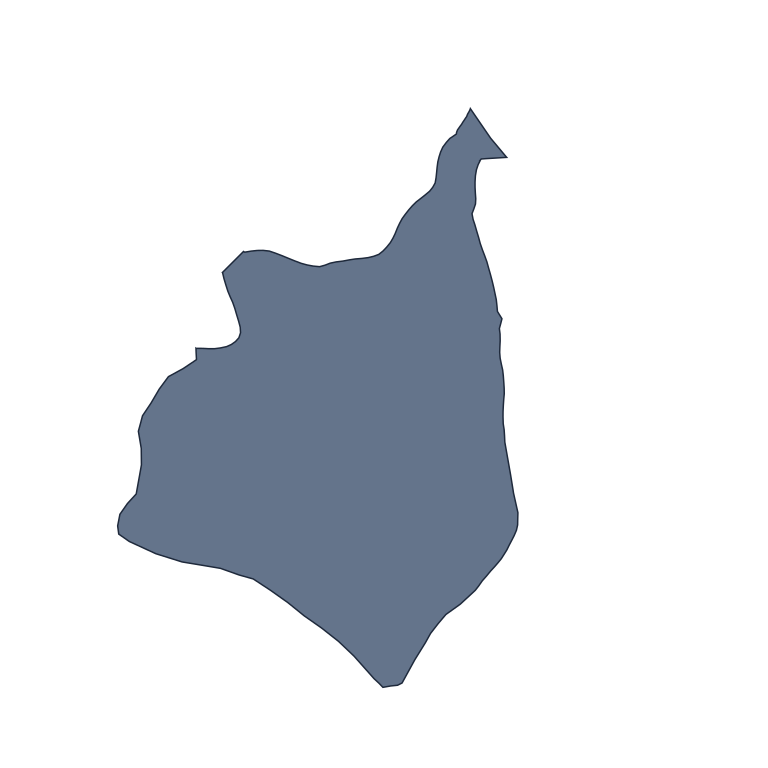 Yafi', Lahij, Yemen (Equal Earth projection), rotated 125°
{"feature_id": "15242507B78298704524990", "entity_name": "Yafi'", "entity_type": "district", "adm_level": 2, "iso_a3": "YEM", "parent_name": "Yemen", "parent_adm1": "Lahij", "projection": "equal_earth", "projection_center": [45.205, 13.861], "detail": "fine", "context": "isolated", "style": "filled", "palette": "slate", "viewbox_px": 768, "rotation_deg": 125, "n_neighbors": 0, "source": "geoboundaries", "source_scale": "gbopen_adm2", "svg_char_len": 2811}
<svg xmlns="http://www.w3.org/2000/svg" viewBox="0 0 768 768"><g transform="rotate(125 384 384)"><path d="M633.1,210.9L627.5,205.3L623.0,200.1L618.6,197.7L592.1,200.6L572.2,201.7L561.6,202.8L549.2,202.2L537.3,201.1L520.5,195.2L500.7,190.9L495.2,190.6L488.9,190.6L482.6,189.9L476.2,189.4L470.2,188.6L465.3,188.1L459.9,187.7L455.0,187.9L449.4,188.2L444.3,189.0L438.8,189.7L433.7,190.4L427.9,191.6L422.8,193.7L418.2,196.8L412.6,200.5L399.0,215.4L397.0,217.3L385.5,228.5L362.3,251.7L357.1,255.7L352.5,259.4L348.1,263.6L342.6,267.7L338.1,270.8L332.7,274.2L327.9,277.1L323.0,279.9L318.6,283.1L314.2,286.6L308.8,291.0L304.4,294.9L300.4,299.3L296.2,303.7L291.7,307.4L287.1,310.4L282.0,313.6L276.5,317.6L272.4,321.3L267.4,323.1L262.9,324.8L259.5,332.7L255.3,336.2L250.4,340.5L246.3,344.9L241.9,349.6L237.9,354.1L233.5,359.3L231.3,362.0L229.2,364.6L224.9,369.8L221.1,375.2L217.8,380.1L213.6,385.9L209.9,390.3L205.8,395.5L201.5,400.8L198.0,405.5L194.0,409.6L189.2,410.8L184.1,412.3L179.6,415.1L175.3,418.6L170.7,422.2L166.3,425.3L160.9,428.6L155.4,431.2L150.3,432.7L146.3,433.3L146.3,433.6L143.9,433.4L140.8,429.6L128.0,413.5L121.5,437.6L108.9,471.2L109.5,471.0L111.7,470.6L115.1,470.3L117.5,469.7L119.8,469.7L122.2,469.6L124.4,469.6L126.7,469.4L129.2,469.5L129.8,469.5L131.5,469.5L133.7,469.5L136.2,468.9L137.7,468.1L145.1,470.9L150.3,471.5L156.2,471.7L161.5,470.7L166.3,469.2L171.2,467.3L176.0,464.8L180.6,462.2L185.1,459.7L190.0,457.4L195.0,456.9L199.9,457.2L205.5,458.7L210.5,460.2L216.3,462.0L221.7,463.0L227.3,463.6L233.0,463.9L238.0,464.0L243.2,463.4L248.5,462.5L254.5,461.1L259.5,460.3L264.6,459.9L270.4,460.3L275.7,461.1L280.8,462.6L285.3,465.7L289.5,469.4L293.7,474.0L298.1,479.3L302.0,483.4L306.9,488.2L311.5,493.3L315.9,497.4L320.4,500.4L324.8,504.0L328.0,509.6L330.6,515.3L332.7,521.2L333.5,524.5L334.3,527.5L335.9,534.5L337.1,539.9L337.4,541.2L339.1,548.0L340.9,554.2L343.9,559.7L347.3,564.4L351.4,569.1L355.9,573.7L356.0,574.4L356.0,575.1L385.3,580.3L385.3,580.2L389.4,575.6L393.3,570.7L397.5,565.2L400.7,560.2L403.9,554.8L407.7,549.5L411.8,544.4L416.1,538.9L419.9,534.4L424.3,530.9L429.3,529.4L429.5,529.4L434.4,530.0L439.2,531.7L443.7,534.4L448.4,538.8L452.4,543.2L455.8,548.1L457.4,550.7L459.0,553.2L462.6,558.4L462.6,558.5L465.8,556.1L469.4,553.3L471.3,551.8L471.5,551.7L471.9,551.7L485.4,556.9L486.9,557.5L491.5,559.8L501.6,564.8L516.9,565.2L517.0,565.2L533.3,563.9L548.5,563.6L553.7,561.7L553.9,561.6L563.6,558.1L576.0,545.9L589.4,536.3L599.5,531.6L604.5,529.3L616.2,523.9L629.0,525.6L642.2,525.6L653.0,520.8L659.1,515.2L659.1,502.3L653.9,473.6L645.6,447.4L636.5,428.4L628.8,412.2L623.6,393.3L618.7,379.3L618.1,359.0L618.2,342.6L618.2,337.7L619.7,316.2L619.7,295.3L620.5,281.0L620.9,273.7L624.1,252.5L631.1,223.1L632.0,216.5L633.1,210.9Z" fill="#64748b" stroke="#1e293b" stroke-width="1.5"/></g></svg>